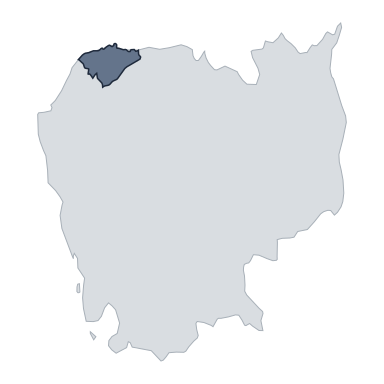 Otdar Mean Chey on a map of Cambodia (Equal Earth projection)
{"feature_id": "KHM-1782", "entity_name": "Otdar Mean Chey", "entity_type": "Province", "adm_level": 1, "iso_a3": "KHM", "parent_name": "Cambodia", "parent_adm1": "", "projection": "equal_earth", "projection_center": [103.537, 14.166], "detail": "fine", "context": "in_parent", "style": "filled", "palette": "slate", "viewbox_px": 384, "rotation_deg": 0, "n_neighbors": 0, "source": "natural_earth", "source_scale": "10m", "svg_char_len": 3905}
<svg xmlns="http://www.w3.org/2000/svg" viewBox="0 0 384 384"><path d="M340.7,23.0L341.6,27.4L339.2,35.5L336.7,42.9L331.8,49.4L331.6,54.2L330.0,68.4L330.7,72.9L331.8,76.8L333.5,78.9L337.8,92.8L341.7,105.5L345.6,115.9L346.3,122.5L342.9,139.1L338.9,154.5L339.3,162.1L341.1,169.8L343.0,180.0L343.8,193.1L342.8,201.6L341.0,206.9L337.5,212.3L334.4,215.1L330.7,210.5L327.8,210.3L323.8,211.6L320.7,213.8L314.4,221.7L307.4,229.5L297.7,231.5L294.0,237.2L289.9,238.0L282.2,238.3L277.2,239.6L277.4,242.5L277.1,256.2L277.2,259.4L276.4,260.3L272.9,260.7L267.0,258.6L259.0,255.2L253.4,254.7L250.5,260.6L248.7,262.9L246.6,263.3L244.3,264.4L243.6,267.0L243.4,270.3L244.5,276.0L245.0,285.1L244.7,291.2L246.8,295.1L259.0,308.2L262.6,311.5L263.0,313.5L260.9,320.6L262.9,330.6L259.0,330.5L252.7,326.2L249.6,323.5L245.9,325.6L244.6,325.2L242.1,320.3L238.8,315.2L235.5,314.9L228.4,316.9L221.1,318.3L218.4,318.3L217.2,319.2L213.0,326.7L211.2,325.4L203.9,322.5L197.2,321.5L195.9,323.4L196.7,329.5L198.2,335.5L197.3,338.0L193.7,341.2L188.8,346.8L185.8,351.2L183.8,352.3L176.4,352.1L169.0,352.7L166.1,356.8L163.3,360.1L161.0,361.0L151.3,350.7L132.2,347.1L130.2,342.6L128.3,341.7L126.6,347.6L116.1,353.2L111.7,349.8L108.5,345.7L108.9,340.6L112.0,336.5L117.2,333.5L119.6,323.1L115.6,309.8L112.1,305.9L108.5,302.9L104.6,307.8L101.4,316.3L98.0,320.6L93.2,321.6L86.2,321.3L83.5,308.6L82.6,297.8L83.6,285.4L84.6,278.1L77.9,268.0L77.5,258.4L74.3,253.4L73.3,255.9L73.4,258.7L72.5,256.7L61.9,228.5L60.1,215.4L62.0,205.4L63.0,202.0L60.0,196.7L55.7,190.7L48.1,182.8L47.6,170.4L45.9,155.7L43.6,150.7L40.2,141.7L38.3,134.2L37.7,114.4L38.7,112.8L44.0,112.3L50.9,110.8L52.0,107.6L50.8,105.0L55.3,100.5L61.6,90.7L66.5,80.5L70.0,74.0L72.1,67.6L79.3,58.5L89.1,52.2L95.7,50.8L102.7,48.6L109.3,45.6L112.4,45.3L120.7,49.0L125.1,49.9L129.8,49.9L134.7,50.2L138.9,49.9L149.0,47.3L159.7,49.3L169.3,47.7L181.1,44.8L186.9,46.6L192.3,49.6L193.0,55.6L194.2,58.4L196.0,60.5L198.4,60.5L201.4,56.3L203.9,52.0L204.7,51.2L204.8,53.3L206.1,58.0L208.4,62.6L210.7,65.6L214.5,69.7L217.0,69.9L225.0,66.1L237.2,71.7L238.6,74.5L242.6,80.2L246.9,84.2L256.3,84.5L259.7,74.5L258.0,68.3L252.6,57.7L251.1,51.4L252.8,50.3L261.9,49.1L263.4,47.9L265.4,41.0L267.9,41.8L273.0,42.7L278.3,37.9L281.4,33.0L283.2,35.2L285.1,38.7L287.2,40.7L291.1,43.7L295.3,47.9L298.0,52.0L300.1,53.6L305.5,52.5L307.0,52.6L310.1,47.7L312.3,44.9L314.2,45.7L316.9,45.6L322.6,39.3L325.8,33.5L327.5,31.9L332.6,34.8L334.7,34.2L337.5,26.2L340.7,23.0ZM79.9,292.0L78.9,292.7L77.9,292.7L76.9,291.5L77.0,287.0L77.7,284.2L79.4,283.7L79.9,292.0ZM95.9,336.7L93.7,339.8L90.3,333.4L90.3,331.7L95.9,336.7Z" fill="#d9dde1" stroke="#a8b0b8" stroke-width="1"/><path d="M115.2,43.5L115.7,43.7L116.2,44.1L116.6,44.6L116.7,45.4L116.6,47.3L116.8,48.0L117.2,48.2L119.2,48.4L122.6,49.5L123.7,49.7L124.5,49.6L125.0,49.5L125.5,49.5L126.3,49.8L126.9,50.3L127.5,50.9L128.2,51.4L129.0,51.6L130.1,51.5L130.4,51.0L130.5,50.4L131.1,49.7L134.2,49.5L135.8,51.3L137.8,50.7L138.4,50.3L138.4,50.5L138.6,54.0L138.8,54.6L139.2,55.4L140.0,56.1L140.5,56.7L140.6,57.1L140.5,57.6L140.3,58.1L140.0,59.1L131.0,64.4L127.0,66.7L124.8,68.5L117.5,78.7L116.7,79.4L113.4,80.9L112.3,81.6L109.8,84.4L108.9,85.0L107.7,85.4L105.4,85.8L104.3,86.1L102.7,87.2L102.5,84.7L101.8,82.9L101.3,82.4L97.8,78.7L97.5,78.2L97.4,78.0L96.7,73.3L95.3,74.5L94.5,75.6L92.8,78.2L90.5,74.8L89.8,74.1L89.6,74.0L89.1,74.1L88.8,74.1L88.5,74.1L88.2,74.1L88.1,73.6L88.7,69.7L88.7,69.4L88.7,69.0L88.5,68.8L85.7,68.3L85.1,68.1L84.8,67.8L84.6,67.6L84.2,66.6L83.7,64.9L83.2,63.8L82.9,63.4L82.6,63.1L82.0,62.7L79.2,60.0L78.4,59.6L82.4,55.1L84.3,53.7L85.5,53.2L89.0,52.6L91.6,51.5L93.4,50.8L97.3,50.8L98.6,50.6L99.6,50.0L101.2,48.5L102.1,48.1L102.3,48.3L102.6,48.7L103.0,49.1L103.7,49.2L104.1,49.0L106.3,47.0L108.5,45.5L109.5,45.2L110.6,45.7L111.3,46.4L112.2,46.6L113.4,45.8L113.8,45.2L113.8,44.6L114.0,44.0L114.6,43.6L115.2,43.5Z" fill="#64748b" stroke="#1e293b" stroke-width="1.5"/></svg>